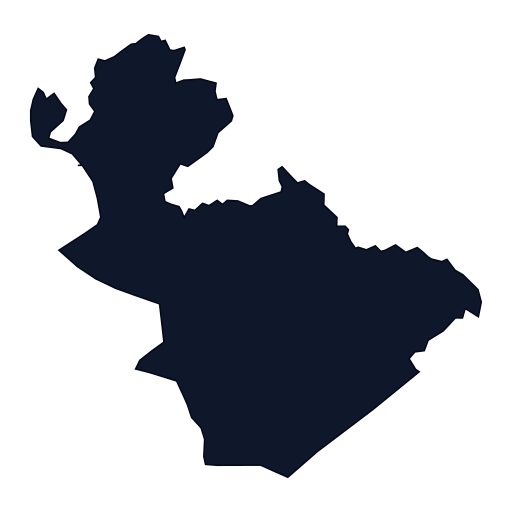 Quardu Boundi, Lofa, Liberia (orthographic projection)
{"feature_id": "62588387B13670701840793", "entity_name": "Quardu Boundi", "entity_type": "district", "adm_level": 2, "iso_a3": "LBR", "parent_name": "Liberia", "parent_adm1": "Lofa", "projection": "orthographic", "projection_center": [-9.634, 8.375], "detail": "fine", "context": "isolated", "style": "filled", "palette": "ink", "viewbox_px": 512, "rotation_deg": 0, "n_neighbors": 0, "source": "geoboundaries", "source_scale": "gbopen_adm2", "svg_char_len": 2393}
<svg xmlns="http://www.w3.org/2000/svg" viewBox="0 0 512 512"><path d="M419.2,371.8L415.6,369.3L409.1,358.7L409.5,358.2L414.9,351.9L424.3,350.7L428.1,340.3L443.3,330.9L455.4,317.9L462.5,318.0L464.1,312.3L465.2,308.5L478.4,316.8L481.3,302.0L478.0,289.6L463.1,274.9L455.1,270.2L446.9,259.3L441.9,261.6L431.4,259.0L428.1,256.9L423.1,252.2L417.3,247.5L405.8,252.3L395.6,244.9L393.8,245.8L385.3,250.2L380.9,251.4L375.3,245.8L366.4,249.8L358.2,247.2L355.5,248.3L350.8,241.6L347.3,233.9L348.5,229.8L345.2,226.2L336.7,226.2L337.0,217.4L331.7,212.4L323.8,205.0L324.1,194.1L309.1,184.4L304.7,180.8L297.4,182.9L290.0,175.2L282.1,166.7L278.1,169.5L279.3,180.7L282.3,186.6L281.1,191.9L269.1,195.8L260.9,198.5L252.7,205.6L249.7,205.9L238.8,201.3L237.7,200.9L227.2,200.3L222.5,204.4L217.2,200.3L209.0,205.6L202.5,203.3L194.9,210.4L189.0,208.9L184.1,217.5L183.2,215.2L181.7,211.3L179.1,206.6L170.9,204.2L165.0,201.6L163.5,193.6L172.9,188.0L171.7,181.5L171.1,178.5L180.2,163.8L187.8,166.4L196.0,160.5L207.1,152.5L209.7,149.9L213.0,146.6L218.0,132.7L231.4,120.9L232.9,115.6L226.1,98.5L217.0,99.7L215.0,91.4L216.1,83.1L200.4,78.9L189.9,79.8L183.7,80.1L176.3,82.9L175.8,83.0L174.6,77.4L175.5,75.2L180.2,63.0L185.1,49.7L184.2,47.3L174.0,50.6L169.9,50.0L165.2,40.3L161.1,41.4L158.4,36.4L148.4,34.7L142.0,38.8L135.9,43.6L131.2,44.2L128.4,46.2L121.6,51.1L114.3,56.7L104.9,60.9L98.2,59.1L94.7,68.0L95.4,75.5L95.6,77.4L90.6,82.7L93.8,88.6L88.9,96.6L89.5,104.0L94.8,111.4L93.8,113.2L90.2,120.1L79.4,126.9L75.3,134.3L68.0,142.3L60.4,142.6L48.6,138.2L49.0,136.8L50.4,132.0L62.5,121.1L63.2,120.4L66.5,109.8L60.9,103.3L54.1,93.3L46.2,99.2L43.3,92.4L38.2,88.4L33.3,99.2L30.7,110.5L30.7,120.9L32.5,136.5L35.2,139.5L36.4,140.8L41.1,146.0L61.0,148.6L72.2,153.8L73.0,154.7L81.7,164.9L77.8,165.4L82.1,165.4L82.6,165.9L92.9,181.5L93.3,183.0L96.5,195.0L97.3,198.0L100.1,213.3L100.2,214.0L100.3,214.8L100.8,217.1L97.4,224.7L84.4,233.7L81.9,235.3L64.1,246.8L60.3,249.3L58.9,250.2L77.5,266.7L95.7,278.8L115.5,288.3L137.1,296.1L159.5,303.9L159.7,305.3L162.6,330.5L163.9,342.1L151.9,350.8L139.8,360.3L136.7,366.7L135.5,369.0L149.3,372.5L176.6,381.0L182.8,394.4L187.3,404.5L187.9,406.3L188.9,409.3L191.6,417.5L201.1,427.9L204.6,439.2L203.8,456.6L205.1,462.5L205.5,464.4L216.7,465.3L248.6,465.2L260.7,465.2L275.8,472.0L287.8,477.3L315.7,453.0L317.2,451.7L372.8,409.6L419.2,371.8Z" fill="#0f172a" stroke="#020617" stroke-width="1.5"/></svg>